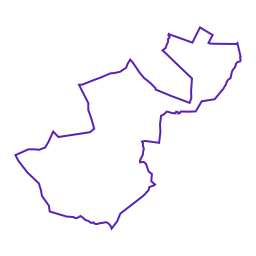 outline of Santiago Huauclilla, Oaxaca, Mexico
{"feature_id": "50627088B40997107404186", "entity_name": "Santiago Huauclilla", "entity_type": "district", "adm_level": 2, "iso_a3": "MEX", "parent_name": "Mexico", "parent_adm1": "Oaxaca", "projection": "natural_earth1", "projection_center": [-97.024, 17.49], "detail": "fine", "context": "isolated", "style": "outline", "palette": "violet", "viewbox_px": 256, "rotation_deg": 0, "n_neighbors": 0, "source": "geoboundaries", "source_scale": "gbopen_adm2", "svg_char_len": 2329}
<svg xmlns="http://www.w3.org/2000/svg" viewBox="0 0 256 256"><path d="M130.2,59.6L127.7,63.7L126.5,66.8L126.2,67.7L122.4,70.2L120.0,71.8L113.9,73.1L110.7,73.3L100.7,77.5L93.1,80.3L82.3,84.6L79.0,84.8L88.3,103.1L88.3,110.0L91.1,117.8L94.2,128.7L90.0,132.2L58.4,137.0L53.2,131.6L48.3,142.2L45.0,147.7L41.8,148.7L41.5,148.9L39.1,149.8L35.3,149.3L28.4,149.3L15.4,155.1L18.3,160.7L27.5,172.6L38.8,183.3L38.9,183.5L41.0,190.4L41.9,195.9L48.9,205.7L49.7,211.5L67.2,216.7L69.3,216.7L71.4,216.9L73.2,217.0L75.2,218.1L76.9,218.1L80.5,216.0L81.7,216.9L83.5,218.1L85.2,219.9L87.9,220.8L89.7,221.9L91.3,223.0L93.5,222.4L95.0,223.9L97.3,224.0L99.8,223.2L101.8,223.0L104.0,222.6L105.8,222.2L107.4,222.7L109.5,224.5L110.8,226.3L111.6,228.6L117.2,221.3L120.3,213.6L142.0,196.8L145.1,194.1L146.3,192.4L147.6,191.4L148.7,189.8L149.2,187.2L154.7,185.0L155.1,184.5L151.3,181.3L151.9,174.0L148.7,171.6L146.0,164.0L144.0,162.1L143.2,161.9L140.1,162.3L140.0,160.4L142.8,154.7L143.4,150.2L143.9,148.9L142.9,145.8L143.0,143.2L142.0,141.6L142.4,141.5L144.6,141.0L145.5,141.0L150.0,141.6L159.1,142.8L160.4,131.9L160.0,124.4L160.2,123.0L161.1,115.7L161.6,115.5L163.6,114.6L164.8,113.5L166.7,111.6L168.7,112.0L170.2,112.5L171.9,113.0L174.4,113.2L175.5,113.4L175.5,112.8L176.2,111.6L178.1,112.3L178.3,113.4L179.6,113.2L180.9,111.5L188.1,111.7L195.7,111.4L201.7,101.3L214.7,99.2L223.3,88.8L225.1,85.7L225.7,85.0L226.1,83.8L226.5,82.5L226.8,81.7L227.5,80.5L227.9,80.1L228.5,79.5L230.0,78.5L230.6,78.1L230.7,77.3L230.9,76.3L231.1,75.2L231.3,74.5L231.6,73.1L232.0,71.7L232.7,70.1L233.4,69.1L234.1,68.4L234.5,67.7L235.2,66.8L235.5,65.9L235.8,64.7L236.1,63.7L236.7,62.9L237.3,62.2L238.6,61.7L239.8,61.5L240.2,61.2L240.6,60.2L240.6,59.3L240.3,58.8L240.0,57.4L240.4,56.9L240.6,56.8L237.4,43.1L236.4,44.0L227.5,43.9L216.8,43.8L213.7,43.7L209.8,43.5L208.5,43.0L212.6,35.0L204.1,29.9L200.0,27.4L192.4,42.6L170.6,34.8L169.6,34.5L168.7,34.0L168.4,35.1L168.7,35.7L169.3,36.4L169.6,36.9L169.5,37.5L169.2,38.1L168.1,38.9L168.1,41.2L168.0,41.9L167.5,43.0L167.0,44.3L166.4,45.3L166.3,45.6L166.2,46.7L165.5,48.1L162.5,50.5L163.4,51.1L163.7,51.3L173.6,60.9L192.0,78.5L191.1,90.9L191.3,98.3L189.6,102.9L182.1,100.0L170.2,95.6L163.1,92.6L155.7,89.6L155.6,88.4L150.3,82.9L144.2,78.1L139.4,72.4L135.9,67.1L132.8,62.5L130.2,59.6Z" fill="none" stroke="#5b21b6" stroke-width="2"/></svg>